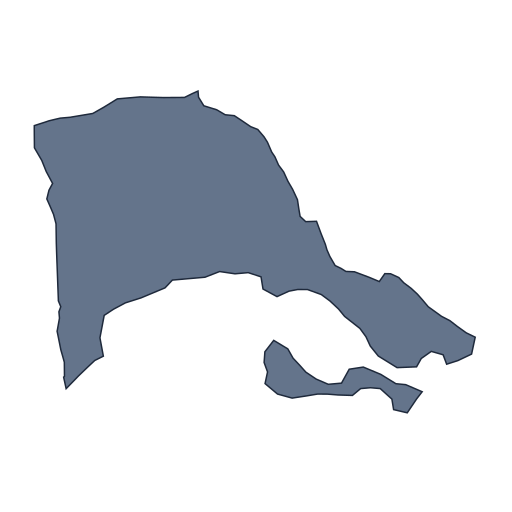 Lysi, Cyprus, rotated 85°
{"feature_id": "46923920B59905101389216", "entity_name": "Lysi", "entity_type": "district", "adm_level": 2, "iso_a3": "CYP", "parent_name": "Cyprus", "parent_adm1": "", "projection": "mercator", "projection_center": [33.705, 35.109], "detail": "fine", "context": "isolated", "style": "filled", "palette": "slate", "viewbox_px": 512, "rotation_deg": 85, "n_neighbors": 0, "source": "geoboundaries", "source_scale": "gbopen_adm2", "svg_char_len": 2171}
<svg xmlns="http://www.w3.org/2000/svg" viewBox="0 0 512 512"><g transform="rotate(85 256 256)"><path d="M88.4,304.6L91.8,313.4L90.1,334.4L89.2,342.2L88.7,346.5L87.4,357.4L87.4,362.9L87.4,380.5L94.5,394.6L99.8,406.2L99.8,406.3L101.5,428.0L101.6,428.7L101.6,439.0L102.5,445.3L103.3,450.5L104.3,454.6L105.5,459.9L106.8,465.5L109.9,465.8L117.4,466.4L128.9,467.3L142.1,461.1L153.6,457.6L158.5,455.5L166.0,452.3L172.4,456.5L175.9,457.7L180.9,459.4L189.4,456.5L196.2,454.3L196.7,454.1L206.5,452.4L225.6,453.8L234.5,454.3L282.1,456.7L283.4,456.8L289.5,454.9L294.4,457.2L300.8,457.2L311.9,460.2L313.6,460.7L317.9,460.2L332.4,458.6L338.6,457.4L345.1,456.2L359.2,457.3L359.9,458.2L371.6,456.7L362.3,445.9L360.1,443.4L352.2,433.6L346.0,425.7L342.5,416.8L323.9,418.6L301.9,412.4L296.6,402.6L291.3,390.2L287.7,374.2L279.8,349.4L272.7,341.4L272.7,328.2L272.7,308.7L268.3,293.6L271.9,278.5L271.9,265.2L277.2,252.8L289.5,251.9L298.3,238.6L293.9,226.2L293.0,217.4L293.9,207.6L300.1,194.3L307.2,186.3L316.0,178.4L323.9,173.0L337.2,158.8L346.0,153.5L355.7,150.0L366.3,142.9L374.2,132.3L379.5,125.2L380.4,105.7L372.5,100.3L366.3,89.7L370.7,78.2L380.4,75.5L377.8,64.0L372.5,49.8L356.0,44.7L350.9,53.2L343.6,61.7L337.3,68.5L332.3,76.4L321.5,88.9L314.2,94.0L308.0,98.6L301.8,104.2L295.6,111.1L289.9,115.6L285.4,123.5L284.8,129.2L292.2,135.4L287.1,145.1L280.3,159.3L279.2,167.8L275.8,172.3L272.4,178.0L262.8,182.5L256.0,184.8L250.4,185.9L239.1,189.3L226.7,192.7L226.1,203.5L220.4,208.6L213.1,209.2L203.5,209.8L192.8,213.7L184.3,217.7L174.7,221.1L167.4,225.6L158.9,228.5L153.8,231.3L143.6,234.7L138.0,237.6L130.1,243.2L126.7,250.0L119.3,259.1L114.3,265.4L112.6,274.4L106.9,282.4L101.8,294.9L92.8,299.4L86.6,299.4L88.5,304.8L88.4,304.6ZM405.7,102.3L397.2,118.1L395.4,127.8L384.8,142.0L376.0,158.8L376.9,173.0L390.1,181.9L390.1,195.2L383.9,206.7L376.0,216.5L368.9,221.8L361.0,228.0L351.3,232.4L341.6,245.7L352.2,255.5L362.8,257.2L372.5,254.6L383.9,258.1L395.4,246.6L400.7,232.4L399.8,218.2L398.9,206.7L399.8,197.0L401.6,186.3L403.3,172.1L397.2,163.3L397.2,153.5L398.9,143.8L410.4,133.1L421.0,132.3L425.4,119.0L412.2,108.3L405.7,102.3Z" fill="#64748b" stroke="#1e293b" stroke-width="1.5"/></g></svg>